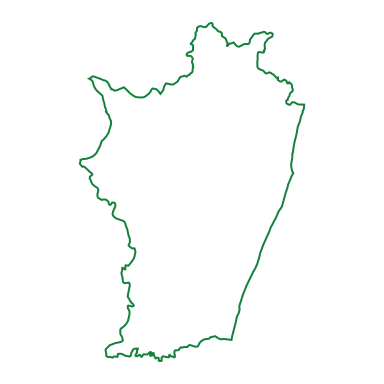 the district of Vatomandry, Atsinanana, Madagascar
{"feature_id": "10022922B31178585124685", "entity_name": "Vatomandry", "entity_type": "district", "adm_level": 2, "iso_a3": "MDG", "parent_name": "Madagascar", "parent_adm1": "Atsinanana", "projection": "mercator", "projection_center": [48.762, -19.365], "detail": "fine", "context": "isolated", "style": "outline", "palette": "green", "viewbox_px": 384, "rotation_deg": 0, "n_neighbors": 0, "source": "geoboundaries", "source_scale": "gbopen_adm2", "svg_char_len": 5876}
<svg xmlns="http://www.w3.org/2000/svg" viewBox="0 0 384 384"><path d="M166.0,83.4L164.2,86.3L163.3,89.9L161.5,92.6L160.4,93.9L158.6,91.4L156.3,89.2L152.7,88.5L151.6,89.4L150.5,91.7L149.0,93.6L145.4,96.4L143.7,97.2L142.2,97.5L137.4,97.3L135.1,96.8L130.6,93.8L124.0,87.3L118.8,89.4L117.7,90.0L114.7,90.7L112.4,89.3L111.3,89.3L108.3,83.4L106.9,81.6L105.4,80.6L103.2,80.1L101.3,79.2L93.6,76.4L92.5,76.5L91.8,76.9L90.3,78.2L89.2,78.7L90.9,79.6L92.3,81.0L92.8,81.9L93.7,85.5L94.7,87.6L96.5,90.4L102.4,95.6L103.4,100.6L104.2,102.8L104.8,106.3L106.5,111.2L105.9,111.8L108.7,115.1L109.4,117.6L111.0,121.2L111.1,124.2L108.5,132.8L106.6,136.0L104.9,138.0L103.1,140.0L101.8,140.8L99.9,146.4L96.6,152.7L95.2,154.4L92.8,156.4L89.5,157.8L86.2,158.8L82.1,159.2L80.4,160.0L80.6,160.9L79.8,163.6L81.9,166.4L82.5,166.8L83.5,166.5L84.8,167.1L90.2,172.2L91.6,173.2L92.2,174.1L92.3,174.7L92.1,174.9L89.9,176.7L89.7,178.5L90.7,180.2L91.3,182.1L92.1,183.7L93.6,185.3L97.7,188.2L98.3,189.6L98.2,190.5L97.9,192.6L97.5,193.5L97.4,195.9L98.0,197.8L101.7,199.9L104.1,199.4L105.9,199.7L106.8,200.2L108.3,201.6L109.0,204.1L109.8,204.9L110.8,204.6L112.2,202.5L113.6,202.5L115.0,203.2L115.4,205.1L115.2,206.6L113.0,211.6L112.6,214.1L113.0,215.6L115.2,217.8L116.4,218.5L122.6,220.7L123.9,221.3L124.6,222.1L125.3,223.3L125.8,225.9L127.2,228.8L128.5,235.5L129.7,238.2L129.9,242.2L128.6,245.3L129.7,246.6L132.1,248.4L134.5,248.4L135.5,251.6L134.5,256.6L133.3,259.3L132.4,260.7L129.3,264.7L128.2,265.8L125.9,265.2L125.4,265.6L125.4,269.2L124.8,269.4L123.8,268.3L122.3,267.9L122.2,270.3L121.4,273.2L122.5,277.4L122.7,279.9L123.2,282.2L124.4,283.1L126.6,283.0L128.3,282.6L128.9,282.8L129.8,284.1L129.7,286.0L127.8,295.5L127.9,297.2L129.0,298.5L130.1,300.9L131.4,302.6L133.4,304.5L133.7,305.9L133.3,306.2L131.9,306.5L130.4,305.9L128.4,305.6L127.9,305.8L127.8,308.5L128.5,309.0L129.5,311.4L129.5,314.3L128.0,320.9L125.8,324.5L122.8,327.3L120.9,328.6L120.3,329.6L120.3,333.7L120.6,334.6L122.0,336.9L122.7,339.2L122.7,340.8L121.2,341.8L117.6,342.7L115.6,343.0L109.8,345.2L105.7,349.3L105.6,350.5L106.2,353.2L106.3,356.2L108.5,357.1L110.2,356.9L112.3,357.6L113.1,357.4L113.5,356.7L114.0,356.5L115.6,356.5L117.3,356.9L117.7,356.5L117.8,354.3L117.9,354.0L118.4,353.8L121.6,353.8L125.1,355.6L126.7,356.1L128.0,356.1L129.7,356.5L130.2,356.3L130.9,355.5L131.1,353.8L131.5,352.5L133.3,349.3L134.8,348.7L137.7,348.5L137.9,349.0L136.9,350.6L137.2,352.3L135.9,354.2L135.5,355.2L135.6,355.9L136.0,356.2L137.2,356.2L139.1,354.9L139.8,354.8L140.7,356.4L141.7,356.8L143.6,354.3L147.1,354.5L150.3,352.0L150.8,352.1L151.4,352.6L150.2,354.4L150.0,355.0L150.3,355.7L151.9,355.6L152.4,354.9L153.0,353.3L153.5,353.1L154.4,356.4L155.6,358.4L157.4,357.7L158.5,357.9L158.8,359.1L158.7,360.6L159.0,360.9L161.3,361.0L161.7,360.6L161.8,360.1L161.5,358.8L161.5,357.8L162.8,356.3L168.4,357.4L168.9,357.0L169.2,355.2L169.9,354.9L170.4,356.0L171.0,356.4L172.5,356.5L174.1,357.3L174.6,357.2L175.0,356.4L174.3,352.8L174.7,350.7L175.0,350.4L177.5,350.3L178.8,349.9L180.4,347.5L180.9,347.3L181.9,347.7L183.9,347.0L187.3,347.0L188.9,345.2L190.2,345.1L195.2,346.7L197.3,346.6L198.1,346.0L199.4,343.3L200.8,341.5L203.8,339.5L209.3,338.6L210.4,337.3L215.1,336.2L216.8,337.2L217.5,337.9L220.0,339.1L222.0,339.3L223.4,338.9L231.5,339.9L232.2,336.1L235.9,321.7L236.8,316.9L238.5,313.6L239.6,309.8L239.3,306.8L239.7,304.8L243.2,294.0L246.4,286.0L248.6,281.3L253.2,271.9L255.4,268.1L256.3,266.2L256.3,265.6L257.0,264.7L259.3,257.2L260.2,253.1L263.1,245.2L269.5,231.0L270.5,227.9L276.2,217.3L278.5,211.6L281.9,206.6L285.8,192.4L287.6,187.2L288.0,184.9L292.1,175.1L293.2,173.6L293.2,172.8L292.5,171.9L291.8,169.7L291.2,166.4L291.2,164.3L291.6,161.4L292.1,159.5L292.4,155.2L292.2,154.1L293.0,152.2L293.6,147.0L294.6,141.8L296.5,134.2L297.8,126.6L299.9,121.4L301.1,116.1L302.7,112.4L302.7,111.0L303.8,109.1L304.2,104.6L299.2,104.5L297.9,104.3L294.9,102.6L293.6,102.2L292.6,102.2L291.9,102.6L290.0,104.8L288.6,104.6L286.6,103.4L286.1,101.7L286.5,100.3L286.9,100.0L287.7,99.9L288.1,98.1L288.5,97.2L289.2,96.5L289.9,93.9L290.5,92.8L292.1,91.7L292.7,90.8L292.8,89.6L292.1,87.7L292.0,85.2L291.3,84.0L290.4,83.5L289.5,82.3L289.0,82.8L288.7,82.7L288.3,83.3L287.8,83.5L286.9,82.6L286.7,81.3L285.9,80.3L285.2,80.3L284.0,79.6L281.3,81.6L280.7,81.6L279.0,80.9L278.1,80.1L277.7,79.1L278.1,78.0L278.0,77.5L277.7,77.6L277.4,78.2L276.9,78.2L273.7,74.7L272.4,74.1L270.7,72.8L269.9,72.4L268.9,72.4L268.1,73.1L266.0,73.4L264.8,72.6L263.8,71.1L262.4,70.3L259.5,69.3L257.9,67.9L257.4,66.6L257.3,63.3L257.4,60.9L257.7,58.4L257.5,56.0L258.0,52.7L258.5,52.2L259.4,52.0L262.2,52.6L263.5,52.5L264.1,52.0L264.2,51.5L263.8,50.8L263.9,50.3L264.8,49.7L265.0,49.1L264.6,45.4L264.9,43.2L265.2,42.5L267.1,40.2L267.3,39.5L267.8,39.0L272.2,36.5L272.7,35.0L272.6,33.7L270.4,32.6L268.8,33.2L268.3,33.7L266.9,33.9L265.0,32.1L263.6,31.8L261.8,32.6L259.7,32.9L258.2,33.8L256.9,33.6L254.5,33.7L253.8,34.4L249.9,39.8L249.9,41.8L249.4,42.9L248.6,43.9L247.6,44.1L245.2,44.0L243.7,44.3L239.1,46.7L238.2,46.7L236.5,45.8L234.6,43.7L233.9,42.6L233.4,42.4L232.0,43.2L229.7,43.6L227.3,46.0L227.0,45.9L227.0,45.3L227.5,43.6L227.4,42.5L226.6,41.5L226.4,40.2L225.2,38.2L221.9,36.0L221.8,33.0L220.4,31.8L218.9,31.6L217.5,30.7L216.4,29.2L213.1,26.7L212.4,25.7L212.7,24.2L212.2,23.3L211.2,23.0L209.1,23.6L206.3,26.8L204.1,27.2L200.8,26.1L198.8,26.5L197.5,27.4L197.0,28.1L197.0,29.7L196.7,31.2L195.6,32.7L195.4,33.5L195.8,34.7L195.0,38.6L192.9,40.6L192.2,42.2L190.8,43.5L191.0,44.2L192.7,44.9L193.1,45.9L193.0,50.3L191.3,51.6L188.7,52.3L187.8,52.9L186.9,53.8L186.6,54.8L186.9,55.5L187.6,55.9L190.4,55.9L191.4,56.4L192.6,58.1L192.8,59.1L192.1,60.9L192.0,62.2L193.0,65.0L192.8,66.6L193.4,67.3L192.6,69.1L192.6,70.9L192.2,72.2L191.9,72.6L190.4,73.4L189.9,74.6L188.5,74.9L187.0,76.4L186.5,76.7L184.6,75.7L180.2,77.1L177.8,81.2L176.6,82.3L173.2,84.5L170.7,84.4L166.0,83.4Z" fill="none" stroke="#15803d" stroke-width="2"/></svg>